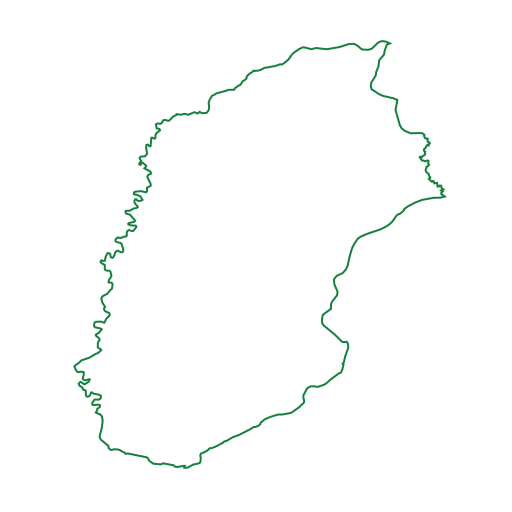 outline of Lakhonepheng, Saravan, Laos, rotated 262°
{"feature_id": "54806243B33951699195054", "entity_name": "Lakhonepheng", "entity_type": "district", "adm_level": 2, "iso_a3": "LAO", "parent_name": "Laos", "parent_adm1": "Saravan", "projection": "equal_earth", "projection_center": [105.622, 15.821], "detail": "fine", "context": "isolated", "style": "outline", "palette": "green", "viewbox_px": 512, "rotation_deg": 262, "n_neighbors": 0, "source": "geoboundaries", "source_scale": "gbopen_adm2", "svg_char_len": 6006}
<svg xmlns="http://www.w3.org/2000/svg" viewBox="0 0 512 512"><g transform="rotate(262 256 256)"><path d="M447.9,418.2L449.9,415.0L451.0,412.1L451.3,410.0L450.3,406.6L445.1,399.4L444.6,395.7L445.8,389.6L450.4,385.5L452.3,382.8L452.7,381.2L452.9,377.0L451.3,367.8L450.9,354.9L453.6,344.4L453.1,339.6L455.9,332.8L456.1,331.2L454.8,327.2L451.9,321.5L450.5,319.6L446.0,315.4L442.7,310.0L442.0,307.9L442.5,306.7L441.4,301.0L441.1,290.3L440.0,287.7L439.2,283.5L439.5,281.7L439.3,280.5L440.0,279.4L438.6,277.8L437.4,274.8L436.0,272.9L434.9,271.7L433.2,271.4L431.8,269.4L431.0,267.3L427.5,264.1L427.0,261.8L425.9,260.4L425.5,258.9L423.7,257.5L424.4,251.5L423.7,249.1L422.6,239.3L421.5,237.4L420.8,234.7L417.4,232.0L414.6,230.5L410.0,230.3L406.9,229.4L404.6,227.0L404.9,222.4L406.6,220.2L405.2,218.1L406.7,215.7L406.9,214.6L405.3,208.5L406.7,205.3L406.4,201.2L407.5,197.1L406.8,196.9L405.7,193.6L402.2,188.9L402.1,187.7L403.3,185.4L403.5,183.6L402.9,182.7L400.6,181.0L400.3,179.7L400.9,177.1L400.3,175.2L396.2,175.4L395.3,177.9L393.9,178.5L391.3,174.3L389.3,173.1L386.9,172.9L386.5,172.4L386.3,171.7L387.8,169.5L387.5,168.8L379.5,166.9L379.5,165.8L381.4,164.3L381.3,162.9L377.8,162.2L372.8,162.5L372.1,162.2L370.2,160.0L370.5,156.0L369.7,154.5L368.7,154.4L366.4,155.5L364.1,153.5L362.9,153.2L362.3,154.4L364.2,155.7L364.3,156.6L360.9,159.7L360.1,159.7L358.3,157.7L354.7,162.8L353.5,163.4L352.1,163.5L351.3,160.7L350.1,159.5L348.7,159.6L342.1,161.7L340.3,161.6L338.7,157.5L335.4,157.2L334.4,156.0L336.2,151.2L336.5,145.7L336.0,144.1L334.2,143.7L333.0,147.0L331.1,149.9L327.4,151.4L326.8,149.9L326.8,147.5L327.5,146.1L328.9,145.3L329.0,144.4L327.6,143.2L326.1,143.1L323.4,144.3L321.8,145.7L320.8,145.7L320.2,144.4L320.0,141.2L318.4,137.1L318.8,134.3L318.8,133.5L318.2,132.9L316.1,133.2L314.5,136.9L307.8,141.3L306.8,140.3L306.3,134.7L305.8,134.0L304.9,134.0L303.6,137.0L302.9,140.8L302.3,141.5L301.3,141.5L297.8,137.8L297.9,136.7L299.4,133.9L298.6,132.1L297.7,131.4L294.0,130.8L293.4,130.1L293.5,127.3L292.6,124.7L293.6,121.6L292.3,119.6L291.2,118.9L289.9,119.1L288.8,120.9L287.8,123.6L287.0,124.5L281.4,125.5L280.0,125.4L278.5,124.5L278.3,123.0L280.5,120.0L280.3,118.6L278.9,116.9L277.2,116.4L274.5,114.4L274.1,113.4L275.2,112.0L278.4,111.9L278.9,111.5L279.5,109.4L276.5,107.2L272.3,105.6L272.3,104.4L273.1,102.7L272.9,101.8L272.2,101.3L271.2,101.5L269.9,102.6L268.2,105.0L263.7,104.4L262.4,105.9L261.8,108.7L261.0,109.6L257.2,110.1L255.8,109.8L252.8,107.1L250.4,106.3L249.6,109.3L248.6,109.9L247.1,109.9L243.6,108.7L242.1,106.4L239.4,103.7L237.3,98.1L235.1,96.9L231.1,97.4L226.5,99.5L225.1,98.1L223.3,98.3L222.2,99.1L219.9,102.7L218.8,103.0L217.4,102.7L214.8,99.2L211.0,96.4L212.7,93.0L213.1,88.3L212.5,86.9L210.1,86.0L208.9,85.9L207.7,86.9L206.0,91.7L204.9,93.0L201.9,89.9L200.6,86.8L200.1,86.3L198.9,86.7L197.0,88.7L195.5,89.5L194.4,89.2L192.3,87.4L187.7,86.6L187.0,87.0L185.5,89.1L184.4,89.7L181.8,86.0L181.5,83.9L178.5,76.9L177.0,68.8L174.5,65.2L172.8,61.6L171.8,60.8L168.3,61.7L166.1,62.9L165.7,64.0L165.8,66.8L165.0,69.2L162.8,69.1L159.1,67.4L157.9,67.6L157.1,68.4L156.6,69.8L157.2,73.8L156.9,74.2L154.7,72.7L153.0,68.9L153.0,67.9L155.7,65.0L155.5,64.1L154.2,62.6L152.3,63.1L149.7,65.9L147.9,66.1L146.4,68.7L142.5,68.2L140.7,68.5L140.1,69.6L140.4,71.1L141.4,72.3L143.7,73.7L143.9,74.3L142.2,76.0L140.6,81.0L139.2,82.9L137.2,82.6L135.9,81.5L135.7,80.1L136.3,76.0L133.0,73.3L131.7,73.3L131.0,74.1L130.8,78.5L130.4,80.2L129.9,80.8L128.2,80.3L126.7,77.5L125.3,77.3L123.3,75.6L120.5,80.0L118.9,81.0L115.9,81.3L113.1,81.0L107.4,79.4L99.3,76.1L97.6,76.1L95.5,77.0L88.6,83.3L86.3,83.4L84.4,84.9L84.0,85.8L84.4,88.7L83.7,92.0L82.7,94.3L80.3,97.2L79.7,98.5L78.3,99.3L78.1,102.2L72.0,119.3L71.4,120.4L67.7,122.1L64.6,125.5L62.9,132.7L63.6,135.1L60.3,145.1L58.8,146.1L58.3,147.7L58.0,149.4L58.3,155.5L58.1,156.3L56.5,155.4L55.9,157.0L56.1,159.3L58.2,164.8L58.6,170.5L59.3,172.0L60.4,172.4L63.0,173.1L66.5,173.1L68.0,173.9L68.8,177.2L70.2,180.9L72.0,183.3L71.9,185.2L72.8,189.3L75.7,197.4L76.7,198.5L77.1,201.3L79.8,207.8L81.2,214.4L85.0,225.4L87.0,230.0L86.7,231.3L87.3,233.8L88.2,236.0L89.2,237.0L90.2,237.3L92.7,241.3L93.5,243.5L94.7,248.0L95.9,255.8L95.4,259.9L95.7,268.0L96.2,269.8L100.1,277.4L104.1,282.9L105.0,283.5L109.3,283.2L111.5,283.6L117.0,287.6L118.3,289.1L119.2,291.7L119.2,293.8L117.8,299.1L119.0,305.2L119.9,307.6L123.2,312.6L128.1,321.4L128.7,323.9L131.6,325.7L136.4,327.6L137.2,326.8L138.6,328.2L144.3,330.4L152.5,334.7L156.7,334.8L158.5,333.9L158.5,330.9L159.1,329.3L167.2,323.1L177.6,313.5L180.3,312.1L185.0,312.7L188.5,314.1L193.3,322.9L198.2,323.7L200.8,325.5L205.8,330.8L209.2,331.8L217.0,329.7L221.5,329.8L223.1,330.9L225.2,333.3L226.9,339.3L230.3,343.3L233.6,345.4L242.4,348.6L250.5,352.3L254.4,355.1L259.1,359.3L260.7,362.7L262.4,368.8L265.1,383.2L267.3,389.5L269.3,393.3L271.5,396.2L276.2,400.5L277.5,402.4L277.7,404.2L280.1,408.2L280.6,408.8L281.4,408.9L282.3,410.1L284.1,413.6L286.7,420.8L288.5,428.6L288.9,440.3L288.1,446.3L288.6,451.2L291.7,448.0L293.1,448.5L293.8,449.8L295.2,448.4L295.7,450.9L297.7,449.1L299.8,449.2L300.2,447.6L299.3,446.7L299.5,445.5L303.2,445.5L303.1,442.7L305.4,442.3L305.6,441.4L305.1,441.1L305.1,440.4L308.3,437.9L309.1,439.4L309.9,439.5L311.1,438.6L313.1,438.5L315.6,436.2L317.3,435.9L319.0,436.5L320.1,437.4L320.6,437.3L321.0,438.6L322.1,440.0L323.8,439.3L325.9,440.1L326.7,439.2L326.3,436.0L327.2,435.2L327.4,433.8L329.3,432.6L330.1,433.4L330.9,432.0L331.4,432.3L331.4,434.6L332.6,437.0L333.4,437.8L334.7,437.5L335.6,438.1L337.0,436.9L338.7,437.5L339.4,438.9L340.7,439.5L341.9,441.0L341.4,442.3L342.0,442.6L342.5,442.1L343.3,443.7L344.1,443.6L345.6,441.8L348.1,442.4L348.6,441.9L348.7,440.3L349.2,439.8L351.5,439.1L352.6,439.7L354.4,437.6L354.8,436.5L356.0,426.2L359.1,420.9L362.4,417.8L365.8,416.6L381.1,414.5L390.9,417.7L393.2,413.6L396.9,404.0L399.6,399.7L402.7,396.5L404.7,393.8L408.5,393.3L411.7,394.3L417.8,399.5L421.6,400.7L426.4,403.5L432.7,405.3L437.7,410.8L441.9,412.2L447.2,415.2L447.9,418.2Z" fill="none" stroke="#15803d" stroke-width="2"/></g></svg>